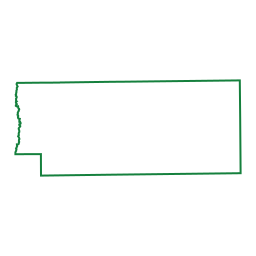 outline of Sampov Lun, Batdâmbâng, Cambodia
{"feature_id": "14789045B67419263387290", "entity_name": "Sampov Lun", "entity_type": "district", "adm_level": 2, "iso_a3": "KHM", "parent_name": "Cambodia", "parent_adm1": "Batdâmbâng", "projection": "natural_earth1", "projection_center": [102.379, 13.419], "detail": "fine", "context": "isolated", "style": "outline", "palette": "green", "viewbox_px": 256, "rotation_deg": 0, "n_neighbors": 0, "source": "geoboundaries", "source_scale": "gbopen_adm2", "svg_char_len": 1833}
<svg xmlns="http://www.w3.org/2000/svg" viewBox="0 0 256 256"><path d="M239.8,80.4L177.6,81.1L124.8,81.7L111.2,81.8L89.0,82.1L60.0,82.5L59.5,82.6L39.5,82.7L17.6,82.9L17.1,82.9L16.6,83.9L16.6,84.3L16.8,84.8L17.2,85.5L17.3,86.2L17.6,86.5L17.2,87.2L16.8,87.7L16.8,88.5L16.9,89.5L16.6,90.2L16.5,90.6L16.3,91.0L16.4,91.5L16.5,91.9L16.4,92.4L16.1,93.0L16.1,93.4L16.2,93.9L16.0,94.3L15.7,94.7L15.8,95.1L16.1,95.4L16.0,95.7L15.9,96.0L16.4,96.5L16.7,96.8L16.7,97.4L16.4,98.1L16.0,98.8L16.1,99.4L16.1,100.1L16.1,100.5L16.0,101.0L16.7,101.4L16.1,102.0L15.9,102.6L16.1,102.9L16.2,103.4L16.7,103.8L16.8,104.4L16.3,104.8L15.9,105.1L15.8,105.8L16.3,106.2L16.6,106.4L17.5,106.4L18.1,106.3L18.2,107.2L18.2,107.7L18.6,108.6L19.1,108.9L19.2,109.3L19.2,109.6L18.9,110.2L18.7,110.4L18.6,111.3L18.1,111.9L17.8,112.6L17.7,113.0L17.9,113.6L17.7,114.4L17.5,114.8L17.9,115.1L18.2,115.6L18.2,116.3L17.9,116.8L18.0,117.6L18.2,118.2L18.5,118.6L19.4,118.7L19.8,118.8L19.6,119.6L19.4,120.3L19.3,120.9L19.3,121.3L19.4,121.9L20.1,121.8L20.6,122.9L20.6,123.6L20.3,123.9L19.9,124.0L19.3,124.3L19.2,124.9L19.6,125.3L20.0,125.7L20.3,126.1L20.2,126.5L19.7,127.0L19.3,127.5L19.0,127.9L18.7,128.3L18.8,129.3L19.0,129.8L19.2,130.4L19.3,131.2L19.3,132.0L18.9,132.5L18.8,133.4L18.6,134.0L18.8,134.6L18.9,135.1L18.4,135.8L18.1,136.3L18.3,136.6L18.9,137.3L19.0,137.8L19.3,138.4L19.4,139.1L19.0,139.7L18.9,140.6L18.9,141.3L19.2,141.8L19.1,142.3L18.8,142.7L18.8,143.6L18.6,144.0L18.0,144.2L17.4,144.8L16.9,144.6L16.9,145.2L17.1,145.8L17.1,146.6L16.8,146.9L16.5,147.4L16.5,147.5L16.4,147.9L16.1,148.4L16.4,148.7L16.5,149.2L16.2,149.7L16.2,150.3L16.2,150.8L15.8,151.3L15.6,151.8L15.4,152.5L15.4,153.0L15.4,153.5L15.4,154.2L40.9,154.1L41.0,175.6L111.2,174.7L240.6,173.2L240.5,158.7L240.2,120.4L240.2,119.5L239.9,90.2L239.8,80.4Z" fill="none" stroke="#15803d" stroke-width="2"/></svg>